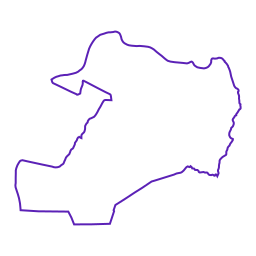 Zondoma, Zondoma, Burkina Faso
{"feature_id": "67063806B77925181323544", "entity_name": "Zondoma", "entity_type": "district", "adm_level": 2, "iso_a3": "BFA", "parent_name": "Burkina Faso", "parent_adm1": "Zondoma", "projection": "natural_earth1", "projection_center": [-2.323, 13.202], "detail": "fine", "context": "isolated", "style": "outline", "palette": "violet", "viewbox_px": 256, "rotation_deg": 0, "n_neighbors": 0, "source": "geoboundaries", "source_scale": "gbopen_adm2", "svg_char_len": 4571}
<svg xmlns="http://www.w3.org/2000/svg" viewBox="0 0 256 256"><path d="M217.1,175.8L217.3,176.2L218.5,173.5L218.5,173.1L218.4,172.2L218.1,171.6L218.0,170.7L218.0,170.1L218.4,169.3L218.9,167.6L219.0,165.3L219.2,163.9L219.5,163.0L219.6,160.7L219.8,160.1L220.2,159.4L221.5,158.0L222.1,157.4L222.7,156.9L226.0,154.9L226.3,154.2L226.3,152.2L226.4,151.4L227.3,149.7L227.6,148.0L228.2,146.9L228.7,146.3L229.5,145.6L230.0,144.2L230.7,143.1L231.3,142.4L232.7,140.3L232.9,139.6L232.8,138.9L231.8,138.6L230.8,138.0L230.4,137.6L230.0,137.0L229.4,135.7L229.2,135.1L229.3,133.1L229.7,131.9L230.9,129.5L231.3,127.8L232.3,127.0L233.0,126.1L233.7,124.2L233.8,123.0L233.6,122.2L232.8,120.6L232.7,119.7L232.9,119.2L233.1,118.7L234.3,117.2L234.6,116.4L235.2,115.7L236.2,115.3L236.1,114.8L236.2,114.3L237.6,112.4L239.4,109.4L239.8,109.3L240.3,108.9L240.6,108.3L240.6,106.9L240.3,105.3L240.4,104.8L240.5,104.3L239.6,103.5L239.4,102.9L239.3,100.4L239.0,98.6L239.1,96.9L239.0,96.0L239.0,95.6L238.6,94.5L238.0,92.9L238.0,91.9L238.4,91.6L238.6,90.6L238.4,89.8L237.9,89.2L237.3,88.7L236.3,88.3L235.9,88.0L235.3,87.4L234.9,86.9L234.6,86.5L234.1,85.5L233.3,83.0L231.2,76.6L230.2,71.8L229.7,70.2L228.7,67.7L228.3,67.1L228.1,66.2L228.0,65.8L227.6,65.3L227.2,64.5L226.3,63.4L225.7,62.7L225.2,62.2L224.9,62.0L224.6,61.6L224.7,61.2L223.9,60.4L223.2,59.6L222.6,58.9L221.8,58.3L221.3,58.1L220.5,57.9L219.7,57.8L218.6,57.8L217.8,58.1L217.2,58.4L216.3,58.5L215.7,58.6L214.3,58.6L213.2,58.4L212.3,58.5L211.8,58.9L211.6,59.3L211.4,59.7L211.2,60.4L211.2,61.0L211.2,61.8L211.1,62.5L210.8,63.2L210.6,63.8L209.8,64.8L209.4,65.5L208.8,66.2L207.9,67.0L207.0,67.5L205.8,68.0L204.0,68.4L200.1,67.9L197.3,67.3L195.4,66.1L194.3,65.2L193.7,64.2L193.4,63.5L192.9,62.7L192.4,62.1L191.8,61.7L191.4,61.6L190.9,61.8L190.3,62.0L189.5,62.5L188.4,63.0L187.0,63.4L182.5,62.9L174.7,62.2L170.5,61.6L167.8,60.8L166.6,60.0L164.7,58.5L161.5,55.7L159.9,54.5L156.6,51.9L153.9,49.5L152.3,48.5L150.2,47.4L148.1,46.8L144.2,46.3L139.6,45.9L136.7,46.1L131.8,45.7L129.0,45.3L127.2,44.7L124.6,43.3L123.3,42.2L122.4,40.9L121.6,39.3L121.0,36.7L120.1,34.4L119.5,33.4L118.9,32.9L118.1,32.4L117.0,31.9L115.8,31.6L114.8,31.6L113.3,32.0L110.6,32.3L108.8,32.3L106.5,32.8L104.2,33.6L100.2,34.8L97.5,36.7L96.1,37.6L94.7,39.2L93.1,41.4L91.7,43.6L90.3,46.1L89.1,48.7L87.4,54.3L86.8,56.4L86.4,57.9L85.7,60.4L85.3,62.1L84.6,64.3L83.7,66.3L82.5,68.0L81.4,69.2L79.8,70.3L78.1,71.7L75.9,72.8L72.6,73.7L67.3,74.9L64.2,75.0L62.4,75.3L60.5,75.5L58.7,76.1L56.3,76.8L54.4,77.7L51.5,79.5L51.8,80.6L52.1,81.6L52.4,82.4L53.0,83.1L61.0,86.9L70.9,91.7L76.9,94.4L77.1,94.7L78.2,94.5L80.2,93.5L80.7,90.0L81.0,88.8L81.3,88.0L81.9,86.5L82.5,85.0L82.8,83.2L82.7,81.7L83.0,81.1L83.0,80.8L83.6,80.7L84.0,81.0L84.7,81.3L85.5,81.7L97.9,88.2L105.7,92.2L109.9,94.2L110.4,94.6L110.7,95.2L111.0,96.8L111.3,99.3L111.4,100.2L106.5,100.0L105.3,100.0L104.5,100.2L103.8,100.7L103.2,101.6L102.4,102.9L100.4,106.7L98.8,109.3L97.4,112.1L96.4,113.8L95.4,115.3L94.1,116.8L92.7,117.5L91.0,118.3L89.6,118.8L88.6,119.9L87.8,121.2L87.6,122.5L86.5,123.5L85.3,125.6L85.1,126.5L85.1,128.3L85.0,129.4L84.5,131.3L84.0,132.3L82.3,133.9L81.7,134.7L81.4,135.6L81.4,138.1L80.9,137.9L79.2,136.9L79.0,137.1L78.0,137.6L77.3,138.8L76.8,140.3L75.8,141.7L75.0,142.8L74.8,144.4L73.9,146.4L73.5,147.2L73.3,147.8L72.7,148.6L71.3,149.5L70.5,150.8L70.1,152.1L69.3,154.1L68.5,154.9L67.3,156.0L66.4,157.0L65.9,157.7L65.8,158.0L64.9,160.3L64.6,160.8L63.5,163.5L62.9,164.1L61.3,165.1L59.6,166.6L57.6,167.2L55.7,167.4L53.9,167.2L52.1,166.6L47.8,165.7L42.0,164.5L27.2,161.3L22.4,160.2L21.7,160.4L20.8,160.6L19.9,161.2L18.7,163.0L17.4,165.3L16.3,168.2L15.8,170.4L15.8,173.0L15.7,177.6L15.7,183.0L15.4,185.2L15.6,187.3L16.7,190.7L17.9,194.3L19.0,198.2L20.0,203.4L20.4,207.6L20.6,210.2L38.3,211.3L68.3,211.6L71.4,217.6L74.1,224.4L92.2,224.3L109.9,223.8L111.9,217.8L114.1,211.1L113.6,210.2L113.8,209.7L115.4,205.0L125.2,198.8L134.6,192.6L142.4,187.7L151.6,181.5L154.7,180.6L174.0,174.6L176.5,173.5L178.4,173.1L179.6,172.9L180.7,172.7L182.0,172.0L183.7,170.5L186.1,167.5L186.8,166.9L187.8,166.4L188.4,166.7L188.9,166.9L189.2,167.0L189.7,167.1L190.0,167.0L190.5,166.2L191.1,166.6L191.7,167.2L192.2,168.4L193.4,168.5L193.9,168.5L194.5,169.1L195.0,169.9L197.4,170.0L197.7,170.3L198.1,170.5L198.4,170.8L198.6,171.2L198.8,171.9L199.3,172.3L199.9,172.5L203.5,172.0L205.0,172.6L206.7,172.5L207.4,172.7L208.5,174.2L209.0,174.7L209.7,175.0L211.3,175.1L212.1,174.8L212.4,174.7L213.2,174.9L214.1,175.6L214.5,175.7L214.9,175.6L215.1,175.0L215.4,174.6L215.9,174.4L216.4,174.8L217.1,175.8Z" fill="none" stroke="#5b21b6" stroke-width="2"/></svg>